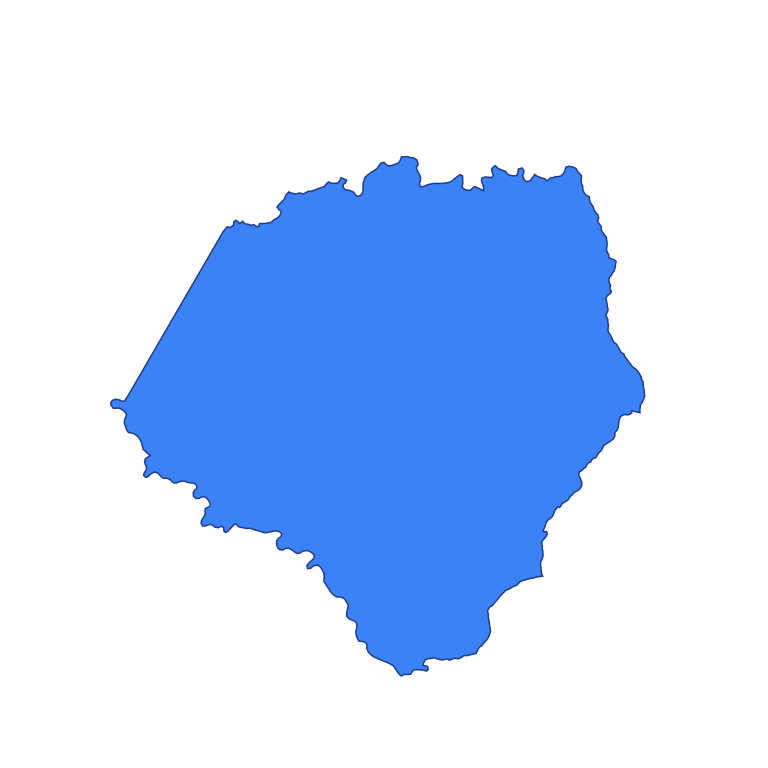 the district of Sandolândia, Tocantins, Brazil, rotated 290°
{"feature_id": "56859067B27604847776999", "entity_name": "Sandolândia", "entity_type": "district", "adm_level": 2, "iso_a3": "BRA", "parent_name": "Brazil", "parent_adm1": "Tocantins", "projection": "mercator", "projection_center": [-49.87, -12.382], "detail": "fine", "context": "isolated", "style": "filled", "palette": "blue", "viewbox_px": 768, "rotation_deg": 290, "n_neighbors": 0, "source": "geoboundaries", "source_scale": "gbopen_adm2", "svg_char_len": 6171}
<svg xmlns="http://www.w3.org/2000/svg" viewBox="0 0 768 768"><g transform="rotate(290 384 384)"><path d="M622.3,411.7L619.7,413.4L617.3,415.5L614.8,414.5L613.1,408.1L611.0,405.7L608.1,406.1L602.9,410.4L599.6,411.4L600.2,407.3L600.5,401.7L598.3,400.2L595.6,399.1L594.6,396.3L594.4,393.3L595.6,390.1L599.5,389.4L606.4,386.7L606.8,384.0L603.6,381.7L597.2,377.9L595.1,375.2L592.5,370.5L589.7,362.6L586.8,357.7L583.0,353.3L581.9,351.1L583.9,348.8L586.9,348.8L590.3,347.9L593.1,345.6L595.5,342.8L598.2,340.3L600.9,341.1L603.2,340.2L605.8,338.3L606.6,334.2L605.8,331.0L605.6,328.1L603.3,322.7L599.7,322.8L596.6,322.0L592.4,317.0L590.7,314.4L590.7,311.6L592.3,308.2L590.6,305.5L583.7,303.6L578.3,299.4L574.6,297.0L571.2,295.3L568.3,295.8L565.9,295.6L558.3,298.2L555.6,298.4L552.8,297.2L551.2,294.7L552.4,291.9L553.9,289.6L554.1,284.7L553.3,281.3L554.7,278.7L557.4,277.3L559.8,279.1L562.8,279.1L563.2,273.0L560.1,272.9L557.1,272.1L555.5,268.6L554.6,265.7L554.9,262.8L552.4,261.4L549.2,260.4L545.4,255.7L542.3,252.3L540.2,249.5L539.1,246.7L534.6,243.0L534.9,240.1L533.8,238.1L532.3,236.0L531.7,231.4L532.0,228.9L528.6,227.4L523.1,226.9L516.6,223.9L513.8,222.9L511.9,225.7L511.2,227.8L509.3,228.9L505.4,228.1L503.4,226.8L500.6,224.4L497.3,222.7L494.2,217.4L492.2,212.2L489.3,212.3L488.3,210.3L489.1,207.3L487.7,204.7L487.6,201.3L486.9,198.5L488.6,195.5L485.3,193.6L486.4,191.7L487.2,189.0L485.2,187.3L482.4,188.3L480.0,187.2L478.3,185.4L478.0,182.8L472.3,180.8L286.2,147.6L279.1,146.0L278.3,143.6L278.5,140.5L278.0,137.1L275.6,134.3L272.8,133.6L270.6,134.9L268.6,138.0L270.8,143.4L270.4,146.3L269.6,149.3L267.7,152.2L264.8,152.8L262.2,152.4L259.0,153.1L253.2,157.6L251.0,160.4L251.6,163.6L251.8,166.8L249.8,171.9L246.1,176.2L240.2,180.1L236.7,188.7L232.3,185.4L229.5,185.4L226.9,187.1L224.4,189.4L221.6,190.0L218.8,189.1L215.9,189.4L214.8,191.7L215.9,193.7L220.7,196.3L223.1,198.9L222.9,202.0L221.2,205.3L220.0,208.5L221.1,212.1L221.2,215.3L219.7,218.3L219.2,221.0L220.2,223.1L222.4,225.3L223.9,227.9L224.5,230.3L224.3,233.2L225.8,239.8L224.6,242.7L221.8,243.8L219.4,242.4L216.5,241.9L213.2,243.5L212.1,246.4L213.2,249.1L215.3,251.1L216.8,254.0L215.9,257.1L212.4,261.5L209.9,262.4L207.7,260.6L205.9,258.7L203.4,259.2L201.3,260.4L198.3,260.4L193.5,259.2L190.5,259.8L188.5,262.3L189.5,264.7L191.4,266.8L192.6,269.0L192.7,271.3L191.7,274.0L192.2,277.3L194.8,279.9L194.1,282.6L191.2,283.7L190.3,285.9L192.3,287.7L201.5,291.6L201.4,293.9L200.2,295.9L200.3,298.6L200.9,301.2L201.1,303.9L202.6,307.3L202.8,313.9L203.2,316.9L203.2,322.0L204.4,325.0L208.3,331.1L209.4,334.2L209.3,336.8L208.0,339.4L205.3,339.3L202.3,337.3L199.3,336.8L196.3,338.1L193.8,340.0L192.6,342.5L193.4,345.8L196.2,348.1L197.1,351.5L196.5,354.6L195.6,357.3L195.1,360.0L195.7,362.1L199.7,365.6L201.4,369.4L201.0,372.9L200.2,375.4L198.4,377.7L195.5,377.5L189.5,374.3L186.6,373.8L184.3,375.4L185.8,378.2L188.2,379.4L190.0,381.2L191.1,383.7L190.4,386.7L188.2,389.6L185.7,392.2L182.1,393.8L179.9,394.4L177.8,395.2L170.8,404.5L169.3,406.9L168.1,410.3L167.8,412.8L169.1,416.5L168.7,420.3L164.0,426.1L157.3,427.0L153.1,428.2L151.3,431.9L151.1,438.1L149.7,440.1L146.3,441.7L141.3,442.3L137.5,444.4L133.8,448.2L134.9,452.9L134.3,456.1L132.3,457.6L130.0,458.0L126.8,460.9L125.8,462.8L124.5,466.0L123.9,469.3L123.3,484.2L122.5,489.0L117.0,496.6L115.5,500.1L118.1,502.4L119.2,505.9L120.5,508.2L125.3,509.5L127.1,513.5L128.4,517.9L128.7,522.0L130.8,523.2L133.5,521.6L133.0,516.8L135.7,516.6L138.9,517.1L141.0,519.4L142.3,522.3L144.2,525.1L143.9,527.8L144.4,532.8L147.4,537.6L146.9,539.9L150.4,544.1L151.4,548.2L153.7,550.3L156.1,552.0L157.1,554.7L162.3,562.6L164.6,563.0L167.1,562.9L169.9,564.0L171.5,565.4L176.1,566.8L178.7,568.1L181.3,568.7L188.0,568.8L192.6,566.2L194.7,564.8L197.8,563.5L200.3,561.8L203.6,560.7L205.8,559.0L208.1,559.0L210.8,559.7L213.1,561.7L216.3,562.7L218.5,563.7L225.1,565.9L232.0,569.2L234.1,571.8L236.4,573.4L238.2,575.1L240.0,577.3L244.8,579.6L246.7,581.5L251.7,588.6L253.1,591.2L254.5,592.8L257.7,598.8L259.5,597.0L267.2,593.2L270.3,592.1L274.0,592.5L276.9,592.2L281.6,590.3L283.4,588.9L285.7,588.3L287.8,586.9L290.6,586.3L296.1,588.5L298.9,588.8L301.0,587.1L299.5,584.4L301.6,583.8L304.9,584.0L308.6,583.8L311.8,584.4L316.5,587.3L320.1,587.9L323.0,587.7L327.8,589.1L328.2,591.4L332.8,592.4L335.4,594.7L338.5,596.8L342.2,597.6L344.4,598.9L346.9,599.6L351.0,603.2L353.5,604.2L356.9,604.4L359.0,603.7L362.4,600.8L364.2,598.8L366.3,597.7L368.5,597.8L370.6,599.7L372.9,600.5L374.6,602.0L377.4,602.2L379.7,602.8L381.2,604.8L383.5,605.1L385.5,606.0L386.8,607.9L389.4,608.8L392.5,609.2L395.5,610.9L398.5,611.4L401.3,611.4L408.2,616.7L411.1,618.4L414.1,618.7L417.4,617.5L420.4,618.9L423.1,619.0L429.7,617.4L433.5,617.1L435.8,618.4L437.7,620.7L438.2,623.2L439.3,625.0L441.4,626.6L443.7,626.2L444.5,634.4L447.4,633.2L452.3,632.1L454.6,632.9L461.6,633.2L466.8,630.7L472.3,627.5L474.6,626.7L476.0,624.7L478.4,623.5L480.4,621.2L482.4,618.7L484.1,615.3L485.1,611.6L492.5,600.5L494.3,599.1L494.6,596.0L497.8,592.7L501.1,588.5L501.9,585.5L507.7,579.7L508.9,577.8L510.7,576.2L516.5,574.6L519.1,572.8L521.2,572.3L524.4,568.9L530.2,569.3L532.8,567.6L536.1,566.0L540.5,563.1L543.4,563.7L546.1,565.4L548.4,566.2L550.9,563.6L554.4,563.1L555.9,561.2L558.0,560.1L561.0,559.3L563.4,560.4L566.2,560.6L569.2,561.5L572.4,561.4L576.1,560.5L578.7,560.2L579.5,557.4L579.4,554.2L579.9,551.9L582.2,551.1L584.0,549.0L586.1,547.2L591.7,545.9L597.8,542.8L602.1,536.4L604.3,535.0L606.3,534.2L610.0,528.9L613.6,528.9L616.1,527.2L617.7,523.8L620.1,521.3L622.0,520.0L623.7,517.6L626.4,514.6L630.1,512.9L630.4,509.5L632.2,506.5L635.0,504.2L638.1,502.9L639.9,501.0L643.0,499.5L647.3,498.4L650.0,493.0L652.2,490.8L652.5,487.2L651.9,483.5L650.0,480.8L646.8,481.1L643.2,480.6L640.2,479.4L638.4,476.7L637.4,474.0L635.5,472.1L634.4,469.7L632.1,468.9L630.7,467.2L632.0,464.9L631.5,462.2L631.5,459.7L631.7,456.8L632.4,453.9L629.8,453.4L627.6,452.5L625.0,452.0L622.8,448.6L623.8,446.0L627.4,442.9L629.7,443.2L632.6,442.4L634.2,439.8L632.0,436.8L628.4,437.5L625.4,437.5L624.0,435.0L623.4,432.4L623.2,430.1L623.8,427.7L625.4,425.4L625.4,419.9L625.7,417.2L627.2,413.9L625.0,412.3L622.3,411.7Z" fill="#3b82f6" stroke="#1e3a8a" stroke-width="1.5"/></g></svg>